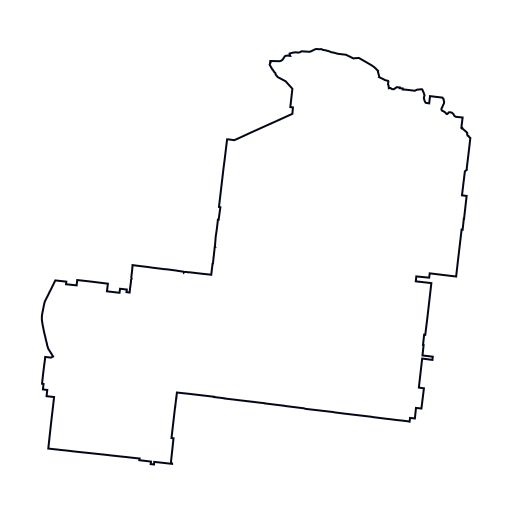 Coolamon, New South Wales, Australia (Robinson projection), rotated 268°
{"feature_id": "25037944B40233060499011", "entity_name": "Coolamon", "entity_type": "district", "adm_level": 2, "iso_a3": "AUS", "parent_name": "Australia", "parent_adm1": "New South Wales", "projection": "robinson", "projection_center": [147.189, -34.6], "detail": "fine", "context": "isolated", "style": "outline", "palette": "ink", "viewbox_px": 512, "rotation_deg": 268, "n_neighbors": 0, "source": "geoboundaries", "source_scale": "gbopen_adm2", "svg_char_len": 5797}
<svg xmlns="http://www.w3.org/2000/svg" viewBox="0 0 512 512"><g transform="rotate(268 256 256)"><path d="M69.6,50.1L68.9,54.6L68.2,59.9L67.2,66.1L66.2,73.0L65.9,75.2L65.4,78.9L62.4,100.1L62.2,101.3L61.7,104.5L59.9,117.0L59.8,118.1L59.7,118.8L59.3,121.3L57.9,130.8L57.7,132.6L56.0,132.3L54.2,143.9L51.7,143.5L51.2,146.8L53.8,147.1L51.2,164.9L51.4,164.9L51.5,164.8L52.4,164.3L53.1,163.9L53.4,163.9L53.7,163.9L64.0,165.4L76.7,167.2L77.0,165.2L98.9,168.5L104.2,169.3L107.5,169.8L108.2,169.9L108.2,170.0L117.5,171.4L117.4,171.5L122.3,172.2L120.7,183.5L116.8,209.2L116.5,209.1L114.9,219.5L114.7,219.5L109.6,252.6L108.6,259.4L108.4,259.5L105.9,275.5L105.8,276.1L105.8,276.3L105.8,276.6L105.7,276.8L105.6,277.0L105.5,278.4L105.1,279.7L102.4,296.8L102.3,297.7L102.1,298.5L102.0,298.8L101.7,299.6L101.5,300.2L97.4,327.4L97.3,327.9L97.1,328.4L95.5,338.1L91.8,362.4L91.3,365.8L91.1,366.3L90.6,369.2L89.0,379.1L88.1,385.2L87.3,390.0L86.7,394.2L86.4,396.5L85.9,399.6L85.5,402.0L85.1,403.7L88.8,404.3L88.1,409.1L98.6,410.6L97.8,416.0L117.9,419.2L118.8,414.2L119.2,414.2L147.7,418.5L146.0,428.7L149.2,429.1L150.8,418.9L161.1,420.4L161.2,419.8L171.5,421.3L171.3,422.4L188.9,425.2L222.8,430.3L225.1,414.8L230.0,415.5L228.3,428.3L232.6,429.0L228.5,455.3L245.2,457.8L275.2,462.4L275.0,463.4L285.3,464.9L285.8,464.9L285.8,465.2L308.7,468.6L309.4,464.0L309.6,464.0L333.3,467.7L334.8,469.7L335.1,469.5L355.0,472.6L362.2,473.7L366.6,474.3L367.4,473.2L368.6,472.5L368.9,471.6L370.8,471.2L371.4,471.5L372.5,470.7L376.3,466.6L376.3,466.4L376.9,466.5L377.0,465.7L387.2,467.3L388.1,460.8L388.5,460.0L388.6,459.8L388.8,459.5L389.1,459.2L389.7,458.9L390.7,458.4L391.7,457.5L392.1,457.0L392.5,456.5L392.7,455.9L392.9,454.4L392.9,453.9L392.8,453.7L392.6,453.5L392.3,453.2L391.6,452.6L391.4,452.3L391.2,452.0L391.2,451.7L391.3,451.4L392.2,450.6L392.7,450.3L393.0,449.9L394.1,448.4L394.3,447.9L394.5,447.4L394.8,447.0L395.2,446.7L395.7,446.5L396.2,446.4L396.6,446.5L397.0,446.6L397.5,446.9L398.0,447.2L398.9,447.6L400.2,448.2L400.6,448.4L402.0,449.2L404.0,449.4L404.9,449.0L406.5,448.9L407.6,447.7L407.8,447.7L409.7,435.5L402.5,434.4L403.1,431.1L403.4,430.8L403.7,430.6L404.2,430.3L404.5,430.2L405.2,429.9L405.6,429.8L406.9,429.5L407.6,429.4L408.0,429.3L408.3,429.3L409.0,429.5L409.8,429.7L410.4,430.0L410.6,429.9L411.1,429.9L413.9,429.1L414.8,428.6L415.8,428.4L416.9,427.6L416.6,422.8L415.8,420.9L415.6,420.5L415.8,419.3L417.3,409.5L417.2,409.5L417.3,408.4L418.3,408.5L418.7,405.5L419.4,405.6L419.8,402.5L417.9,399.7L418.0,397.8L419.2,396.2L419.0,394.6L421.9,394.4L422.8,393.9L425.9,394.4L426.4,394.1L427.3,391.0L427.4,390.8L428.1,389.8L430.4,385.4L430.5,385.5L436.3,384.2L436.7,384.5L440.4,381.0L442.4,378.4L445.5,373.5L450.3,365.8L450.2,361.3L450.0,360.4L454.0,352.9L455.2,345.0L456.1,342.1L456.4,341.4L457.0,338.4L458.1,336.1L458.4,335.0L459.1,332.8L459.6,330.3L460.5,328.4L460.4,326.3L460.8,323.7L460.5,322.3L458.6,318.0L458.2,316.7L459.0,308.6L458.6,308.1L458.2,307.3L458.2,307.2L458.1,306.8L457.9,306.0L457.8,305.6L457.8,305.1L457.8,304.7L458.0,304.2L458.1,303.7L458.1,303.3L458.2,302.7L458.1,301.7L458.1,301.2L458.0,300.7L457.9,299.7L457.8,299.3L457.7,298.9L457.5,297.9L457.3,297.3L457.2,296.7L456.8,296.5L456.5,296.6L454.8,297.2L455.2,294.2L455.1,293.6L455.1,293.3L455.1,293.0L455.0,292.7L454.9,292.5L454.8,292.2L454.7,292.0L454.5,291.7L454.4,291.6L454.2,291.5L453.5,291.0L452.7,290.5L451.8,289.8L451.3,289.4L451.1,289.2L450.6,288.5L450.3,287.9L450.2,287.7L450.1,287.3L449.9,286.8L449.9,286.5L449.9,285.3L450.4,277.1L448.5,276.8L448.5,277.1L446.7,276.3L441.8,278.9L441.8,279.1L441.7,279.2L440.2,280.1L439.8,280.2L439.4,280.5L438.2,281.7L437.9,281.8L437.2,281.8L436.9,281.9L436.6,282.0L434.7,283.5L434.3,283.7L434.0,284.0L431.2,288.9L429.6,291.7L426.7,294.1L422.0,298.1L421.8,298.2L403.6,295.5L403.2,298.1L396.8,297.3L388.7,277.6L383.8,265.6L379.2,254.4L375.6,245.9L372.5,238.4L373.5,232.6L373.6,231.2L353.3,228.0L344.8,226.6L306.3,220.7L306.0,222.1L293.5,219.9L293.6,219.2L290.8,218.8L283.8,217.7L276.7,216.4L267.9,215.4L266.8,215.3L266.6,215.4L266.6,215.1L258.3,213.9L251.5,212.9L249.9,212.7L249.8,212.3L245.8,211.7L240.8,210.9L238.8,210.6L239.1,208.9L239.8,203.9L240.3,200.4L242.1,188.7L242.1,188.4L242.0,188.2L242.3,186.7L242.6,184.8L242.6,184.5L242.5,184.1L242.2,183.5L242.0,183.3L242.5,183.2L242.9,182.9L242.9,182.6L243.8,177.9L243.8,177.5L244.0,176.9L244.1,176.6L245.6,167.7L246.0,164.6L246.1,163.4L246.6,160.6L247.8,152.9L248.8,147.4L250.3,137.7L251.2,132.3L250.7,132.3L249.8,132.2L249.3,132.1L248.8,132.0L248.3,131.9L247.5,131.9L246.7,131.8L245.5,131.6L244.0,131.4L243.1,131.3L241.7,131.0L241.1,130.9L240.7,130.9L240.2,130.8L239.7,130.7L238.9,130.6L238.1,130.9L237.8,130.9L237.5,130.9L236.9,130.5L236.6,130.3L235.8,130.2L234.8,130.1L234.2,130.1L233.2,129.9L232.3,129.7L231.4,129.6L229.7,129.3L228.2,129.0L227.8,128.9L227.3,128.9L223.9,128.4L224.4,125.3L227.0,125.7L228.0,119.0L224.0,118.3L225.9,105.8L233.5,107.0L235.1,97.0L235.3,95.8L236.2,90.1L237.2,83.4L238.2,76.5L232.9,75.7L234.4,65.2L237.0,65.5L238.6,54.6L236.2,53.3L229.6,49.8L227.2,48.4L225.2,47.4L218.5,43.7L217.6,43.3L215.8,42.7L206.4,40.5L204.5,40.1L203.1,39.9L200.8,39.8L199.4,39.8L198.4,39.9L197.5,40.0L194.4,40.4L190.7,41.0L188.8,41.3L187.2,41.6L185.5,41.9L182.4,42.6L178.6,43.3L175.6,44.0L175.1,44.0L173.1,44.4L172.3,44.7L171.6,44.9L170.9,45.1L170.3,45.3L169.8,45.5L169.3,45.9L167.7,46.8L164.6,48.6L162.6,49.7L161.6,47.5L162.5,41.8L162.1,41.7L161.7,41.7L161.1,41.6L160.6,41.5L160.2,41.5L159.7,41.5L159.0,41.3L157.2,41.0L156.6,40.9L156.1,40.9L155.7,40.7L155.1,40.6L154.2,40.5L153.3,40.4L152.9,40.3L152.4,40.2L149.8,39.8L146.1,39.2L140.6,38.4L135.8,37.7L135.5,39.2L130.1,38.4L129.4,42.7L123.2,41.8L122.1,49.3L106.2,46.9L105.6,46.8L103.0,46.4L92.3,44.8L70.8,41.7L70.5,43.8L70.0,47.1L69.6,50.1Z" fill="none" stroke="#020617" stroke-width="2"/></g></svg>